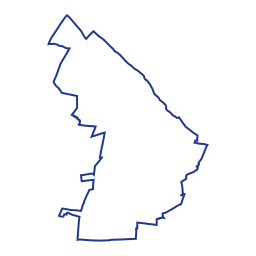 Predesti, Dolj, Romania
{"feature_id": "2599482B93279988577688", "entity_name": "Predesti", "entity_type": "district", "adm_level": 2, "iso_a3": "ROU", "parent_name": "Romania", "parent_adm1": "Dolj", "projection": "equal_earth", "projection_center": [23.59, 44.374], "detail": "fine", "context": "isolated", "style": "outline", "palette": "blue", "viewbox_px": 256, "rotation_deg": 0, "n_neighbors": 0, "source": "geoboundaries", "source_scale": "gbopen_adm2", "svg_char_len": 5517}
<svg xmlns="http://www.w3.org/2000/svg" viewBox="0 0 256 256"><path d="M109.9,240.2L110.1,240.1L111.3,239.8L121.1,239.5L126.8,239.2L133.7,238.9L135.8,238.9L136.3,231.8L136.1,228.8L136.9,228.9L136.9,227.6L137.3,227.6L137.3,222.6L138.9,222.7L140.2,222.9L146.3,223.6L147.7,223.9L149.0,224.0L149.8,224.1L150.4,224.2L151.7,224.3L154.7,224.7L156.7,224.9L156.7,219.1L157.3,219.0L158.0,218.9L158.9,218.9L159.2,218.1L160.8,218.2L160.9,217.8L161.3,217.7L162.6,217.7L163.8,217.9L163.3,217.2L163.0,217.0L162.9,216.7L162.8,215.7L162.7,214.3L162.5,213.6L162.9,213.4L163.4,213.2L165.1,212.8L166.0,212.5L167.0,211.9L170.3,210.1L171.3,209.5L174.4,207.7L177.5,205.7L179.5,204.7L181.1,204.2L181.2,203.8L182.3,200.4L182.8,198.9L184.0,195.5L184.5,194.1L184.4,194.1L184.0,194.4L183.3,194.7L182.6,195.1L182.2,195.2L181.7,195.3L181.3,195.2L181.6,194.8L182.2,194.7L182.5,194.6L182.5,194.2L182.8,193.8L182.8,193.2L182.7,192.3L182.6,191.6L182.6,190.4L182.4,187.8L182.0,185.1L181.6,183.5L181.3,181.9L183.2,180.7L184.0,180.2L186.1,178.9L186.3,178.7L186.1,176.2L186.2,175.6L186.4,175.3L186.6,175.0L187.3,174.6L187.8,174.3L189.5,173.6L189.7,173.4L190.3,173.2L191.7,172.8L192.3,172.5L193.6,171.9L194.0,171.7L194.5,171.4L195.0,170.9L195.7,170.5L196.4,170.2L196.9,169.9L197.1,169.5L197.4,168.9L197.7,168.1L197.9,167.1L196.8,166.6L196.7,166.5L198.9,164.6L199.0,163.8L198.9,163.7L198.5,163.1L201.7,158.4L205.2,149.7L206.3,147.0L207.0,145.5L207.4,145.0L206.7,144.7L205.8,144.5L205.2,144.3L202.4,143.9L201.5,143.8L199.7,143.7L198.4,143.5L195.9,142.9L194.6,142.7L195.3,140.6L197.3,140.6L197.2,140.2L197.2,139.1L197.4,137.9L197.4,135.3L196.3,134.6L194.6,133.6L193.9,133.2L189.3,129.5L186.2,127.2L185.5,126.6L184.1,124.5L183.4,123.8L180.5,119.4L179.8,118.7L179.5,118.2L178.9,117.3L177.7,117.9L176.9,117.9L175.6,116.9L174.5,116.1L173.4,115.7L172.7,115.3L171.2,113.4L170.3,112.5L169.4,111.8L167.9,110.9L167.1,110.3L166.4,109.3L166.0,108.6L166.0,108.3L166.2,107.5L166.2,106.7L165.9,105.7L165.3,104.8L164.8,104.2L164.1,103.5L163.8,103.1L163.2,102.6L161.1,101.0L160.3,100.5L159.4,99.2L158.9,98.3L158.7,97.8L158.1,97.3L157.1,96.4L155.3,94.8L154.5,94.0L153.9,92.8L152.9,90.1L152.4,88.8L151.7,87.6L151.0,86.4L150.4,85.1L149.0,83.0L148.0,81.8L147.1,80.4L146.2,80.3L145.8,79.9L145.1,79.0L144.6,78.4L144.0,76.4L143.7,75.8L143.3,75.3L142.0,74.1L140.0,72.6L138.4,71.1L136.5,69.9L134.4,68.6L132.9,67.2L131.3,65.7L129.3,64.4L127.1,62.5L125.4,60.8L122.3,57.4L120.6,55.5L117.9,53.1L116.9,52.4L116.2,52.2L115.1,51.5L114.3,50.7L113.6,49.6L113.2,49.1L111.5,47.4L110.7,46.7L109.7,46.0L107.9,43.8L105.3,41.3L104.3,40.3L103.6,39.6L102.3,38.6L101.0,37.7L99.1,36.4L97.4,34.9L97.1,34.7L96.6,34.1L96.1,33.8L95.2,32.9L93.9,31.7L93.6,31.3L92.0,32.6L91.3,33.5L89.6,35.1L88.9,35.8L88.5,36.4L87.9,36.8L87.3,37.7L86.8,38.1L86.1,38.9L84.9,37.5L83.7,35.5L81.0,30.8L76.3,25.4L69.2,17.1L68.0,16.1L66.8,15.4L64.7,17.9L63.3,19.9L62.8,20.6L62.0,21.7L61.2,23.1L60.4,24.0L59.8,24.9L59.1,26.2L56.2,30.6L55.3,31.9L51.0,38.3L49.6,41.6L48.9,42.9L48.6,44.1L49.1,44.0L50.4,44.0L51.5,44.0L53.1,43.9L53.8,43.9L54.5,43.8L54.9,43.9L55.3,44.1L56.7,44.4L57.6,44.7L57.8,45.0L58.2,45.4L59.0,45.7L60.4,45.9L61.8,46.1L63.0,46.5L63.6,46.8L63.8,47.0L64.3,47.4L64.9,47.5L65.1,47.7L66.4,48.1L67.1,48.3L67.9,48.4L68.7,48.5L68.9,48.4L69.1,48.4L69.5,48.4L69.3,48.9L68.6,49.9L68.2,50.7L68.1,51.1L67.4,52.2L67.1,52.8L66.2,54.2L65.8,54.9L64.8,56.6L64.6,56.9L64.0,58.0L62.2,60.9L61.1,62.8L60.7,63.5L60.2,64.5L60.2,64.8L59.8,65.9L59.5,66.8L58.1,70.5L56.2,75.8L55.2,78.2L54.6,79.4L53.7,81.4L53.7,81.6L53.8,82.0L54.5,83.6L55.0,84.4L55.6,85.3L55.9,85.7L57.5,87.1L58.4,87.9L60.2,90.3L61.1,91.7L61.3,92.2L61.4,92.4L61.6,92.6L62.0,92.8L62.6,93.0L69.2,94.4L70.7,94.6L72.1,95.0L72.6,95.0L73.2,95.2L73.8,95.3L76.2,95.8L77.1,96.0L77.0,100.2L77.1,104.9L77.1,107.9L75.3,110.2L74.3,111.8L73.1,113.2L71.7,114.9L72.7,115.4L72.8,115.5L73.1,115.5L73.3,115.6L73.5,115.9L73.6,116.0L73.8,115.7L74.1,115.7L74.1,115.8L74.3,115.9L74.6,115.9L75.1,116.3L75.2,116.9L75.0,117.1L75.2,117.3L75.6,117.2L75.8,117.2L76.0,117.0L76.3,117.3L76.4,117.5L76.6,117.6L77.3,117.4L77.5,117.6L77.5,117.8L77.7,118.0L77.8,118.5L77.8,118.8L77.6,119.1L77.8,119.2L78.9,119.6L79.4,120.0L79.2,120.5L79.3,120.7L79.5,120.8L80.0,120.8L80.1,121.0L80.1,121.6L79.9,121.9L79.8,122.4L79.7,122.7L79.6,122.9L79.7,123.3L79.8,124.3L79.6,124.5L79.4,124.4L79.2,124.5L78.8,124.6L78.9,124.8L83.9,125.5L85.8,125.7L95.6,126.5L94.6,129.3L92.9,133.5L91.7,136.7L101.8,133.4L104.7,132.6L104.4,134.0L104.2,135.6L103.9,137.0L103.5,139.1L102.6,143.8L102.1,146.3L101.1,150.7L100.4,155.4L99.9,157.8L101.7,157.7L100.7,159.1L99.0,161.4L96.9,163.7L94.9,166.2L94.4,171.0L94.2,172.1L94.2,172.3L93.9,174.8L93.6,174.5L92.8,174.0L92.3,173.8L91.6,173.7L90.6,173.7L83.7,174.9L83.1,175.0L81.0,175.2L81.2,176.6L81.7,181.2L89.3,180.3L91.8,180.0L93.1,179.9L93.6,179.8L93.2,183.5L93.0,189.1L89.3,190.0L88.2,192.6L86.4,196.1L85.7,197.9L84.3,200.8L84.0,201.6L84.1,202.0L84.1,202.5L83.9,202.9L83.5,203.8L82.9,204.7L82.5,205.9L82.2,207.2L81.8,208.8L81.7,209.0L81.4,209.4L81.3,209.8L81.0,210.6L80.9,211.0L77.0,210.4L75.2,210.2L72.3,210.1L71.0,210.0L68.8,209.7L65.7,209.0L62.9,208.6L62.1,208.6L60.9,211.6L59.0,215.8L59.6,216.0L60.6,216.4L61.7,216.6L63.3,216.6L64.0,215.1L64.3,214.3L65.2,214.4L66.5,214.6L67.0,212.8L68.1,212.9L68.7,213.1L69.8,213.6L72.4,214.9L72.8,215.1L73.8,215.2L75.5,215.6L78.4,216.5L79.1,216.6L79.5,216.8L79.3,218.2L78.9,221.2L78.2,230.0L78.0,233.9L77.7,236.8L77.6,239.8L78.1,239.6L81.7,239.6L86.4,240.0L92.3,240.4L100.4,240.6L106.7,240.4L109.9,240.2Z" fill="none" stroke="#1e3a8a" stroke-width="2"/></svg>